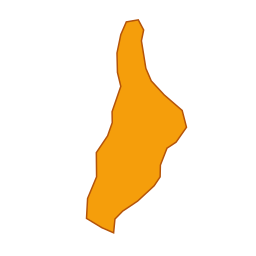 Kiomourtzou, Cyprus (Mercator projection), rotated 208°
{"feature_id": "46923920B18186320704547", "entity_name": "Kiomourtzou", "entity_type": "district", "adm_level": 2, "iso_a3": "CYP", "parent_name": "Cyprus", "parent_adm1": "", "projection": "mercator", "projection_center": [33.258, 35.289], "detail": "fine", "context": "isolated", "style": "filled", "palette": "amber", "viewbox_px": 256, "rotation_deg": 208, "n_neighbors": 0, "source": "geoboundaries", "source_scale": "gbopen_adm2", "svg_char_len": 521}
<svg xmlns="http://www.w3.org/2000/svg" viewBox="0 0 256 256"><g transform="rotate(208 128 128)"><path d="M169.7,228.3L179.3,220.9L178.2,207.1L172.9,189.0L163.4,172.1L153.9,161.4L149.7,134.9L144.4,125.3L142.3,111.5L144.4,91.4L132.8,70.1L130.6,46.8L122.2,28.7L104.2,27.7L91.5,28.7L96.8,41.5L93.7,52.1L85.2,68.0L77.8,89.3L76.7,99.9L82.0,110.5L84.1,128.5L78.9,138.1L76.7,156.1L88.4,168.9L111.6,174.2L129.6,180.5L140.2,189.0L157.1,211.3L160.2,221.9L169.7,228.3Z" fill="#f59e0b" stroke="#b45309" stroke-width="1.5"/></g></svg>